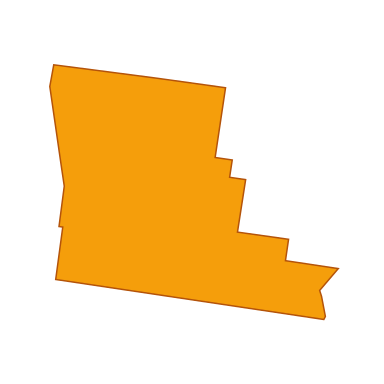 Morgan, Illinois, United States of America (Equal Earth projection), rotated 188°
{"feature_id": "52423323B44422856436283", "entity_name": "Morgan", "entity_type": "district", "adm_level": 2, "iso_a3": "USA", "parent_name": "United States of America", "parent_adm1": "Illinois", "projection": "equal_earth", "projection_center": [-90.262, 39.698], "detail": "fine", "context": "isolated", "style": "filled", "palette": "amber", "viewbox_px": 384, "rotation_deg": 188, "n_neighbors": 0, "source": "geoboundaries", "source_scale": "gbopen_adm2", "svg_char_len": 425}
<svg xmlns="http://www.w3.org/2000/svg" viewBox="0 0 384 384"><g transform="rotate(188 192 192)"><path d="M346.6,298.7L347.5,276.7L325.8,202.1L319.3,180.0L318.9,139.3L315.1,139.3L314.8,86.4L43.7,84.1L42.6,87.3L49.2,106.7L51.9,112.3L36.5,136.5L89.9,137.0L89.8,158.6L141.4,158.6L140.6,211.7L156.8,211.8L156.6,229.3L173.9,229.4L173.3,299.9L241.6,299.8L346.6,298.7Z" fill="#f59e0b" stroke="#b45309" stroke-width="1.5"/></g></svg>